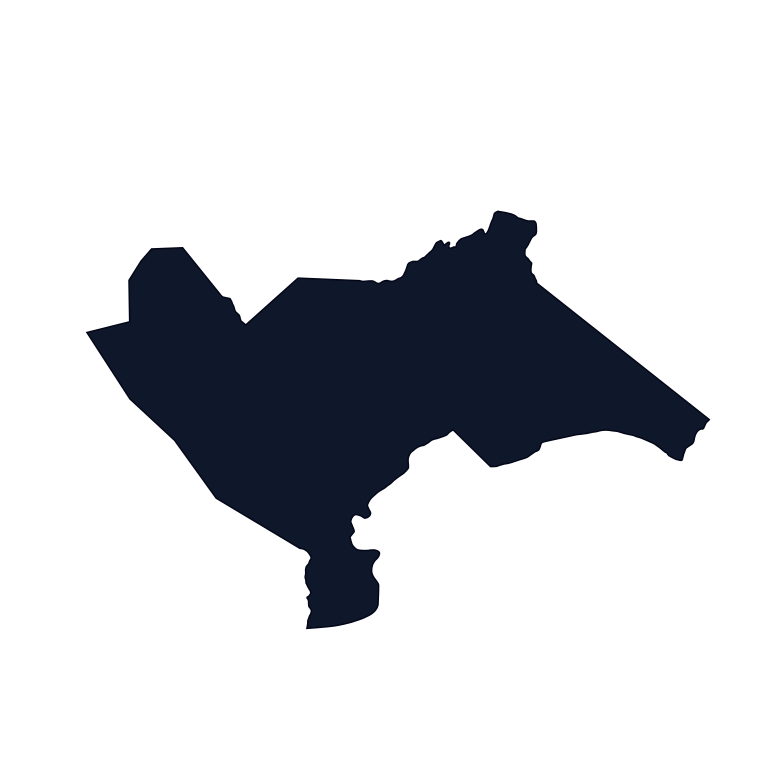 Ojos de Agua, Comayagua, Honduras, rotated 228°
{"feature_id": "27666195B51970998087864", "entity_name": "Ojos de Agua", "entity_type": "district", "adm_level": 2, "iso_a3": "HND", "parent_name": "Honduras", "parent_adm1": "Comayagua", "projection": "natural_earth1", "projection_center": [-87.676, 14.8], "detail": "fine", "context": "isolated", "style": "filled", "palette": "ink", "viewbox_px": 768, "rotation_deg": 228, "n_neighbors": 0, "source": "geoboundaries", "source_scale": "gbopen_adm2", "svg_char_len": 6171}
<svg xmlns="http://www.w3.org/2000/svg" viewBox="0 0 768 768"><g transform="rotate(228 384 384)"><path d="M621.1,197.7L542.9,185.2L482.3,190.7L411.4,182.9L318.2,211.5L316.1,213.2L314.9,213.9L313.9,214.3L311.3,214.9L309.7,215.0L308.3,214.9L305.5,214.4L304.2,214.0L303.3,213.3L302.8,212.4L302.6,211.5L302.4,210.7L300.8,207.7L300.5,205.1L300.2,203.9L299.5,202.8L298.4,201.4L296.3,199.7L294.8,198.2L294.2,197.2L293.4,196.3L292.6,195.7L290.3,194.6L289.2,193.6L288.2,192.9L287.0,192.6L284.9,191.9L281.4,191.1L280.4,191.0L279.4,190.8L278.1,190.0L277.2,189.1L276.9,187.5L276.7,186.4L276.7,185.8L277.0,184.3L276.5,183.6L275.2,183.5L273.5,182.9L271.2,181.0L269.4,179.6L268.3,179.2L267.2,179.2L264.8,178.8L263.8,178.1L262.5,176.3L262.0,175.2L261.8,174.5L261.3,173.2L259.4,169.6L258.7,168.6L257.5,167.5L256.7,166.7L254.0,163.2L248.4,170.4L241.4,179.7L237.5,185.2L235.2,188.8L232.7,193.1L230.6,197.0L228.7,200.6L226.4,205.9L224.6,210.1L223.5,213.3L222.2,217.8L221.6,220.7L221.4,223.4L221.5,225.5L222.0,227.9L222.4,229.1L223.1,230.5L223.7,231.5L224.5,232.4L232.5,240.2L238.1,245.4L239.1,245.9L241.1,246.4L247.0,247.0L249.2,247.5L250.5,248.0L252.0,248.7L253.1,249.5L254.3,250.6L255.3,251.6L256.3,253.0L257.1,254.2L257.7,255.3L258.3,257.1L258.8,259.0L258.9,260.1L259.0,262.5L259.4,264.4L259.9,265.6L260.4,266.4L261.0,267.2L261.7,267.7L262.8,267.9L264.0,267.6L265.5,266.9L267.0,265.9L268.5,264.2L269.6,262.9L270.9,260.8L273.7,257.6L276.0,255.3L278.0,253.7L278.8,253.2L280.4,252.8L281.9,252.6L283.7,252.6L285.3,252.7L286.9,253.2L290.1,254.7L292.9,256.3L293.1,256.7L294.1,262.6L294.4,263.2L295.3,263.8L296.1,264.2L303.3,266.8L304.1,267.3L305.0,268.5L305.9,270.2L306.4,272.0L306.5,272.9L306.5,273.9L306.4,274.6L306.1,275.2L305.6,275.9L304.7,276.7L302.1,278.3L301.3,278.7L298.5,279.4L297.1,280.0L296.4,281.2L295.9,282.6L295.7,283.6L295.7,284.9L295.8,285.7L296.2,286.5L296.7,287.3L297.4,287.9L298.7,288.4L300.3,288.7L303.7,289.8L304.5,290.2L305.1,290.7L305.5,291.2L306.3,293.0L307.1,295.0L307.5,296.8L307.7,298.0L307.8,300.3L307.8,304.4L307.7,307.2L307.4,309.6L306.3,314.9L306.2,316.3L306.1,318.6L305.7,321.7L305.6,323.4L305.8,326.1L305.7,328.2L305.4,332.1L304.5,339.0L304.7,342.8L305.1,345.4L305.5,346.2L307.2,347.7L310.2,350.0L311.9,351.5L312.6,352.3L313.3,353.3L314.0,354.6L314.5,355.8L314.9,356.8L315.1,358.0L315.2,359.2L315.1,360.6L314.9,364.2L314.6,366.3L314.2,367.7L314.0,368.6L313.0,370.7L311.9,372.4L311.6,373.3L310.8,377.6L310.6,380.9L310.1,382.8L309.4,384.5L308.0,387.0L307.2,388.8L305.3,393.2L304.4,395.7L304.2,397.0L304.4,399.4L304.3,401.3L304.1,402.7L303.6,404.7L251.4,407.9L249.9,409.5L247.8,412.1L247.3,412.8L246.5,415.0L244.7,418.7L243.9,420.2L242.0,423.1L240.4,426.3L236.8,434.5L234.8,438.7L233.8,441.3L233.6,442.7L233.3,445.4L232.6,450.9L231.8,453.1L231.5,454.9L231.7,455.6L232.2,456.7L233.0,458.3L234.2,460.1L234.5,460.9L234.8,462.1L234.7,462.6L234.5,463.2L233.0,466.1L230.4,470.7L217.7,492.9L216.9,494.1L213.9,498.3L211.3,502.1L208.9,506.4L206.3,510.3L204.9,513.1L203.7,515.0L202.4,516.8L200.8,518.6L198.8,520.5L196.7,522.2L194.6,524.1L192.8,525.7L186.1,529.8L179.2,534.8L177.6,535.7L176.0,536.4L173.7,537.9L171.4,539.2L161.5,543.7L159.1,544.7L158.0,545.0L152.2,546.3L146.0,547.2L144.9,547.5L143.3,548.2L142.2,547.9L141.2,547.8L140.3,547.8L139.4,548.0L135.8,549.3L133.0,550.4L129.5,552.7L128.8,553.3L128.3,553.8L128.1,554.4L128.4,555.3L131.3,559.6L134.1,564.8L134.2,565.2L134.2,566.4L133.3,573.0L133.4,574.0L133.8,575.1L134.6,576.6L136.2,578.6L137.7,581.0L138.4,582.5L138.9,584.2L139.2,586.3L139.0,588.0L138.3,589.7L137.4,590.6L137.3,591.1L137.2,591.6L137.5,592.5L139.1,596.0L139.6,597.5L139.8,598.9L139.7,600.7L139.9,601.9L356.8,565.0L357.9,565.8L358.5,566.2L360.1,566.7L361.5,567.0L362.8,567.6L363.8,567.9L365.0,568.1L366.3,567.8L367.0,567.7L368.0,567.9L368.6,568.1L369.8,568.9L372.3,571.3L372.7,571.9L373.7,572.9L374.4,574.1L375.0,574.5L376.1,574.7L377.4,574.5L380.9,574.9L382.6,574.6L384.0,574.6L384.8,574.7L385.5,575.0L386.9,576.1L388.8,578.0L389.6,578.9L389.9,579.5L390.4,582.1L391.0,584.1L393.4,590.3L393.9,591.8L394.0,593.1L393.8,594.9L393.7,596.2L393.8,597.0L394.1,597.7L394.6,598.5L395.7,599.7L398.7,602.3L401.0,604.0L401.7,604.4L402.5,604.7L403.6,604.8L404.5,604.7L406.1,603.1L408.4,600.5L409.2,599.8L410.6,598.9L415.9,596.0L417.0,595.1L418.4,594.6L420.3,594.3L421.5,594.0L423.2,593.3L424.9,592.5L429.6,589.3L433.2,586.5L434.7,585.2L434.6,584.9L434.8,584.6L435.1,584.5L435.5,584.7L435.8,584.6L436.0,584.4L436.3,583.6L436.8,581.9L436.9,580.9L436.8,580.0L433.9,575.5L432.8,572.8L431.4,570.1L430.1,567.8L428.9,565.5L428.2,564.0L427.6,562.2L427.3,561.1L427.3,560.4L427.5,560.0L427.8,559.6L428.1,559.4L428.5,559.4L429.5,559.6L431.9,560.6L432.8,560.6L433.4,560.3L433.9,559.9L434.3,559.4L434.6,558.5L435.0,557.0L435.3,554.8L435.7,552.1L435.8,549.5L436.1,548.3L436.6,546.9L437.5,544.7L439.8,539.6L440.2,538.6L440.3,537.9L440.3,535.3L439.6,531.9L438.9,531.0L438.1,529.7L437.7,528.8L437.8,528.4L438.0,528.2L438.7,528.0L439.0,527.8L439.3,527.1L439.7,525.7L440.1,524.8L440.7,524.0L441.3,523.6L442.1,523.8L443.1,524.3L443.6,524.9L444.1,526.1L444.7,526.9L445.3,527.3L445.8,527.2L446.1,526.8L446.4,526.3L446.9,522.1L447.1,521.6L447.4,521.4L447.9,521.4L448.9,522.0L449.6,522.1L451.0,522.4L452.1,522.4L452.4,522.2L452.7,522.0L453.4,519.5L453.9,517.7L453.8,517.0L453.2,515.1L451.5,510.7L451.2,509.2L451.1,508.1L451.2,506.3L451.0,499.0L451.0,498.6L451.6,497.6L451.9,496.4L452.2,494.0L452.2,492.3L452.4,491.5L453.1,490.4L455.7,487.6L457.0,484.4L457.2,483.5L457.1,482.5L456.8,481.5L453.7,476.0L451.9,471.6L451.6,470.3L451.5,468.9L451.7,467.6L451.9,466.9L452.7,465.4L453.2,462.6L453.9,460.2L454.6,459.1L455.6,457.9L457.3,456.6L458.6,455.8L459.6,454.6L460.3,453.5L460.8,452.3L461.2,450.9L461.4,449.3L461.7,448.3L462.1,447.6L462.5,447.0L463.1,446.5L463.8,446.1L465.8,445.5L467.3,445.0L468.1,444.5L468.8,443.9L470.7,441.7L474.1,437.2L475.5,436.0L477.1,435.0L520.2,391.0L520.4,320.8L526.6,319.9L529.0,321.0L530.6,321.9L531.9,322.4L533.1,322.4L536.6,322.0L538.4,322.4L542.1,324.2L544.6,324.9L547.1,325.9L550.4,326.7L551.9,325.7L556.3,322.5L558.0,322.1L620.0,325.5L639.9,301.6L637.9,285.6L631.7,263.9L600.4,236.6L621.1,197.7Z" fill="#0f172a" stroke="#020617" stroke-width="1.5"/></g></svg>